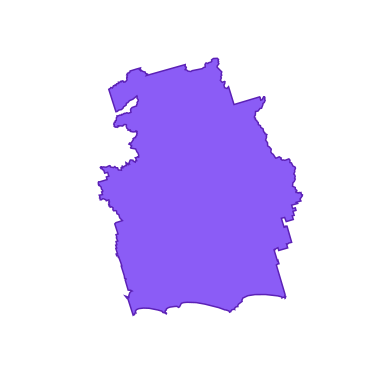 the district of Port Macquarie-Hastings, New South Wales, Australia, rotated 64°
{"feature_id": "25037944B90970778714828", "entity_name": "Port Macquarie-Hastings", "entity_type": "district", "adm_level": 2, "iso_a3": "AUS", "parent_name": "Australia", "parent_adm1": "New South Wales", "projection": "mercator", "projection_center": [152.45, -31.421], "detail": "fine", "context": "isolated", "style": "filled", "palette": "violet", "viewbox_px": 384, "rotation_deg": 64, "n_neighbors": 0, "source": "geoboundaries", "source_scale": "gbopen_adm2", "svg_char_len": 5993}
<svg xmlns="http://www.w3.org/2000/svg" viewBox="0 0 384 384"><g transform="rotate(64 192 192)"><path d="M141.6,86.0L140.3,86.1L139.5,85.2L138.2,85.1L137.8,85.8L139.8,88.6L139.6,90.0L136.8,89.3L136.7,89.7L136.1,89.7L131.8,115.9L113.4,113.0L114.3,115.2L112.5,117.0L109.9,116.4L109.0,115.1L107.3,114.0L106.9,114.3L106.7,116.7L104.1,117.6L102.3,115.6L100.9,115.6L100.0,114.0L98.8,114.1L97.1,112.6L90.9,114.7L89.8,114.2L88.5,111.6L86.8,111.6L86.4,110.9L85.4,111.0L84.5,110.1L82.9,110.7L81.4,114.2L81.8,116.5L83.1,116.9L83.5,118.1L83.1,120.2L83.4,121.5L82.4,122.4L82.2,123.1L83.1,124.4L85.5,125.3L85.2,127.1L85.6,128.8L83.0,138.7L83.2,140.2L81.6,142.6L79.9,143.4L79.0,144.5L77.8,142.6L77.1,142.5L76.3,143.2L74.5,142.2L67.3,182.0L66.9,181.4L67.0,180.7L66.5,180.3L65.2,181.7L63.7,181.5L61.7,183.7L61.0,183.9L60.6,184.9L59.9,184.5L59.6,185.3L58.7,185.7L58.3,185.5L58.4,184.3L57.9,183.9L57.2,187.6L56.1,194.6L56.9,195.1L56.9,195.9L57.3,196.1L57.0,197.9L58.1,199.3L58.6,198.7L60.2,200.3L60.6,200.0L61.3,200.9L62.4,201.1L63.1,201.8L63.8,204.0L63.2,205.2L62.5,204.9L61.5,206.0L61.9,207.1L61.3,207.4L61.8,209.4L61.1,210.0L62.2,210.6L61.7,212.3L62.8,213.6L62.0,214.1L62.5,214.8L62.1,216.0L63.6,217.9L62.5,219.1L63.1,220.1L63.2,221.8L86.5,225.2L86.8,224.0L86.3,221.7L87.0,219.3L86.4,217.2L85.4,216.1L85.1,213.2L83.5,212.1L83.5,210.3L82.5,208.2L82.7,204.5L81.5,199.4L82.4,199.5L83.6,200.3L85.5,199.9L86.5,200.4L87.4,202.1L88.8,202.5L89.1,203.3L90.3,204.1L89.8,208.8L90.4,210.4L91.2,211.2L93.6,211.9L93.4,214.7L92.2,215.8L92.1,217.9L91.6,218.3L91.9,220.9L91.4,221.4L91.9,222.1L91.2,223.3L91.2,225.1L90.7,226.0L91.5,226.3L92.0,227.3L94.5,228.7L94.4,229.7L95.6,230.4L95.3,231.1L96.7,232.6L97.5,232.4L98.8,233.2L100.1,232.5L100.1,231.9L101.1,230.9L100.8,229.8L100.1,229.5L100.3,228.9L100.9,228.9L100.7,228.4L101.4,226.8L102.2,225.8L102.0,224.4L101.3,224.2L102.0,224.1L101.6,223.4L102.4,221.8L103.0,221.5L104.1,222.3L106.0,222.6L107.9,221.9L108.4,222.3L108.9,220.9L109.4,220.9L109.3,220.3L109.8,220.3L109.8,220.9L110.6,220.7L112.2,218.6L113.1,216.3L112.5,215.6L113.5,214.8L114.5,215.6L115.2,215.5L115.8,216.4L116.6,216.5L117.7,218.7L118.3,218.9L118.0,220.3L118.3,221.7L119.2,221.7L121.3,225.3L120.6,226.6L121.3,227.7L122.5,226.6L123.4,226.5L123.7,225.9L124.6,226.5L125.1,227.7L125.8,227.7L128.6,223.8L131.8,223.9L133.2,223.5L135.6,223.8L137.2,224.7L136.4,225.6L136.8,226.7L136.3,227.9L139.6,228.0L139.3,229.2L140.3,229.9L138.6,231.3L137.6,231.1L136.3,233.1L136.3,233.7L138.2,235.7L139.3,235.9L138.7,236.5L139.6,237.1L139.1,237.7L138.0,237.6L136.6,238.5L139.5,239.4L139.1,240.4L139.5,242.3L138.3,243.2L139.8,243.8L138.9,244.5L139.1,245.1L141.5,245.9L139.9,248.5L137.6,248.3L136.8,249.8L135.3,250.2L135.6,251.9L133.8,254.3L132.6,254.1L132.1,254.7L132.1,258.3L130.4,261.0L130.7,262.3L129.6,262.3L129.4,262.7L129.7,263.6L130.4,263.6L131.1,263.5L131.4,262.6L132.5,262.7L133.8,261.8L136.8,262.2L137.4,259.2L141.3,259.8L140.9,262.4L143.6,262.9L142.4,270.4L141.9,271.5L142.6,272.2L144.3,272.8L144.8,272.3L145.3,272.8L145.8,272.2L147.9,271.5L149.5,272.1L151.3,271.6L152.5,272.1L152.3,273.2L155.1,273.6L154.2,276.8L156.2,276.9L156.8,277.7L157.3,277.4L158.8,277.9L159.3,276.7L158.9,275.4L159.1,274.7L161.2,272.9L162.3,272.9L162.6,270.2L164.6,270.5L164.5,271.2L166.7,271.6L166.5,272.3L168.3,272.6L168.4,272.0L169.8,272.2L170.0,270.8L171.6,269.9L173.3,270.9L174.6,270.6L175.1,269.1L175.9,268.2L178.6,269.0L180.3,267.7L183.5,268.3L187.2,267.1L186.2,273.8L186.8,275.4L197.3,276.9L197.0,279.0L199.2,279.3L200.2,279.8L200.2,280.1L203.5,280.2L203.2,282.0L206.4,282.7L206.3,283.9L209.3,284.2L209.2,285.2L214.7,286.0L214.5,287.4L216.3,287.6L216.4,286.5L218.3,286.8L218.3,286.4L224.5,287.0L227.7,287.5L227.6,288.1L237.6,289.6L240.0,290.4L241.1,289.4L241.6,289.7L241.7,290.6L252.2,292.4L253.5,290.1L254.7,289.3L254.6,290.3L255.3,292.1L257.6,294.3L259.0,295.0L256.3,297.6L259.4,296.9L259.8,296.4L276.8,298.9L276.5,298.1L277.0,298.0L276.9,297.4L275.4,295.7L275.8,295.4L274.1,295.0L273.4,293.3L273.5,291.0L275.1,286.4L277.7,281.5L283.0,274.5L285.9,271.3L287.5,271.0L288.0,269.8L288.4,270.0L289.0,269.1L290.2,268.6L289.8,268.1L288.0,268.8L286.8,267.8L286.8,266.8L285.8,266.2L285.6,264.3L285.8,262.3L287.3,257.7L288.2,255.6L289.8,254.7L289.7,253.5L287.4,250.4L287.7,248.1L289.0,244.7L293.3,236.6L298.4,229.6L307.6,218.7L312.4,214.1L312.9,213.2L315.1,211.0L316.5,210.9L316.5,209.5L315.8,208.9L315.4,207.8L315.8,205.3L316.2,205.1L315.1,204.6L314.5,202.7L315.1,201.0L314.2,200.7L313.2,199.5L312.3,194.9L311.0,194.5L309.6,192.7L309.7,187.2L311.8,180.4L316.4,170.8L323.0,160.4L325.4,157.6L326.0,157.2L326.6,157.5L326.6,156.2L327.2,154.8L327.8,154.9L327.5,154.5L327.9,154.4L326.9,153.5L325.9,154.0L325.0,153.3L294.6,148.2L294.3,146.5L294.6,145.3L291.0,144.7L291.3,145.4L291.0,145.4L279.9,143.6L279.7,143.2L280.4,143.0L279.8,141.8L279.7,139.2L282.6,139.7L284.2,130.5L280.1,129.8L280.7,128.9L280.3,127.5L280.9,124.5L264.5,121.6L264.4,122.6L263.8,122.5L263.6,123.8L264.2,123.9L264.1,124.7L254.8,123.2L255.5,119.9L259.9,120.3L261.1,113.0L257.4,112.4L257.8,110.4L253.6,109.7L254.1,106.6L251.5,106.1L251.0,108.8L247.5,108.2L248.6,102.2L247.0,102.9L247.8,98.0L245.7,98.0L243.8,94.5L242.9,94.0L242.5,94.8L240.2,94.3L240.0,95.5L239.4,95.8L239.5,97.1L238.6,97.4L238.0,98.7L237.3,98.5L236.5,97.1L234.8,97.9L233.2,97.2L230.8,99.1L228.1,97.4L227.2,95.3L225.6,93.5L224.5,93.7L223.4,92.5L222.0,92.2L220.4,92.6L218.8,90.7L217.8,90.5L216.0,88.6L214.9,88.4L212.8,89.9L209.4,89.9L208.4,91.1L206.3,90.0L204.7,90.4L204.3,94.6L203.2,95.9L203.0,96.9L201.4,97.7L200.6,96.9L198.6,98.2L198.5,101.0L198.1,102.0L193.8,102.5L192.2,103.4L190.5,103.6L188.2,102.0L185.5,102.7L183.7,103.8L180.8,102.5L177.6,103.1L175.2,100.8L174.2,100.8L173.2,99.5L171.5,100.9L170.5,100.6L169.2,101.2L166.3,100.4L164.1,101.9L162.4,101.4L160.5,102.8L158.5,102.0L157.4,102.6L156.1,102.5L154.7,103.3L153.4,102.6L152.6,103.3L151.3,102.6L150.7,101.4L147.5,99.6L148.2,97.2L146.7,94.2L147.2,92.8L144.5,89.9L143.6,89.5L143.2,87.8L141.6,86.0Z" fill="#8b5cf6" stroke="#5b21b6" stroke-width="1.5"/></g></svg>